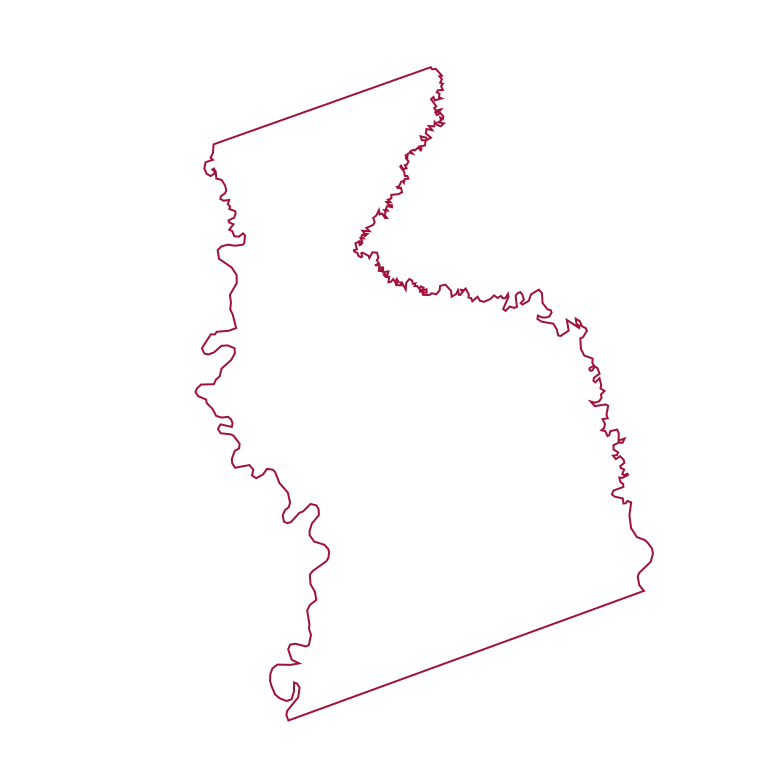 outline of Puerto Arica, Amazonas, Colombia, rotated 70°
{"feature_id": "7082276B12752174373355", "entity_name": "Puerto Arica", "entity_type": "district", "adm_level": 2, "iso_a3": "COL", "parent_name": "Colombia", "parent_adm1": "Amazonas", "projection": "mercator", "projection_center": [-71.635, -1.936], "detail": "fine", "context": "isolated", "style": "outline", "palette": "rose", "viewbox_px": 768, "rotation_deg": 70, "n_neighbors": 0, "source": "geoboundaries", "source_scale": "gbopen_adm2", "svg_char_len": 6165}
<svg xmlns="http://www.w3.org/2000/svg" viewBox="0 0 768 768"><g transform="rotate(70 384 384)"><path d="M667.5,588.9L667.3,210.5L660.5,212.9L651.8,211.5L648.8,208.8L642.3,194.2L635.4,189.3L630.4,188.4L623.9,190.3L619.8,192.3L614.4,198.7L604.0,201.1L591.2,198.3L579.8,192.2L577.2,195.3L578.7,197.7L578.2,199.9L573.3,198.7L568.8,205.7L565.7,207.6L562.6,204.7L562.6,194.3L560.0,193.4L556.8,195.4L552.4,194.9L553.7,192.1L553.0,185.8L551.5,186.0L551.8,189.5L550.2,190.9L546.5,187.6L543.8,190.2L542.0,190.2L540.3,185.1L537.5,184.7L532.6,186.9L533.9,191.8L529.6,193.3L530.5,189.4L528.4,187.3L524.1,190.7L519.9,189.3L519.4,183.2L520.9,180.0L517.5,176.6L517.4,183.0L510.6,180.2L506.6,180.5L505.7,187.5L509.1,189.8L509.3,191.8L504.2,192.1L501.8,195.4L500.6,192.1L497.1,190.0L491.8,190.7L492.7,185.5L488.8,185.4L481.2,180.8L479.0,182.8L476.9,193.5L471.1,195.8L473.8,191.9L473.8,187.7L471.3,184.2L468.1,183.8L465.9,179.1L462.3,182.1L459.4,180.3L452.2,179.5L454.7,184.8L452.6,186.1L450.0,184.6L448.0,177.9L442.1,178.0L439.7,179.8L442.5,183.6L442.2,185.5L440.6,186.1L439.3,185.3L438.6,180.5L435.4,181.0L431.5,179.2L425.7,186.1L418.7,187.0L408.3,184.0L408.0,180.9L403.3,175.0L400.5,175.3L397.6,178.1L391.8,178.6L388.2,181.5L394.0,182.6L396.2,180.2L398.1,181.5L386.3,190.3L397.0,192.2L399.3,201.6L398.0,203.7L391.7,203.0L385.3,204.2L379.4,214.4L375.4,217.6L372.4,216.0L375.6,212.5L377.0,208.7L377.1,205.5L374.1,202.0L371.7,202.1L369.6,204.9L362.1,207.3L352.6,204.5L348.3,206.2L350.0,215.1L355.4,219.6L356.7,226.7L354.8,227.9L352.5,223.7L347.2,223.4L344.2,224.6L344.6,227.9L346.3,230.2L357.0,232.7L357.0,235.7L354.2,239.3L356.9,244.7L354.3,246.4L344.5,237.1L341.7,236.7L344.9,240.8L343.9,243.1L341.2,244.0L342.0,247.8L338.4,250.3L340.5,255.0L341.0,261.9L338.7,265.3L334.0,266.3L336.5,272.7L333.2,272.7L331.5,275.1L329.2,273.7L322.2,274.6L323.2,276.7L321.3,280.2L324.2,278.1L326.4,282.0L325.9,283.1L321.2,282.4L324.2,285.6L325.1,290.6L319.3,289.1L311.6,292.4L311.0,297.7L315.0,299.7L317.5,304.2L315.0,308.3L315.9,311.2L313.5,316.9L311.3,316.6L312.7,312.6L309.5,311.7L309.7,318.5L308.3,318.2L308.3,314.4L307.0,313.8L304.9,316.1L306.6,318.2L303.3,319.3L302.4,321.9L300.2,320.0L299.6,322.7L296.4,322.2L294.0,324.3L296.5,328.5L302.7,331.3L294.5,332.5L294.5,334.0L297.3,333.7L295.2,338.8L294.0,338.7L293.0,335.4L289.6,336.1L292.3,338.6L288.5,339.5L290.3,342.3L289.9,345.0L285.2,342.5L284.1,345.7L281.3,346.9L280.7,345.7L283.0,343.6L279.7,341.3L278.7,346.6L274.2,345.0L273.5,346.8L276.9,348.1L275.9,350.2L270.9,347.6L269.4,351.9L268.9,347.6L265.2,348.4L263.5,346.1L258.2,345.6L256.3,349.9L260.6,354.7L258.1,354.8L253.2,359.3L253.4,360.6L256.9,361.0L257.0,362.5L254.4,364.3L252.0,364.1L249.1,366.7L247.9,366.3L248.2,363.4L242.1,362.8L241.4,358.7L245.1,359.3L245.2,358.2L244.0,356.2L242.3,357.8L241.8,355.6L239.1,356.2L240.1,353.6L237.9,354.9L236.4,353.6L236.4,352.1L238.6,351.5L237.3,348.3L236.2,350.7L232.7,351.8L235.5,345.3L231.3,347.2L230.8,339.7L228.5,337.3L224.3,337.4L223.0,333.5L218.9,329.3L223.2,330.1L223.2,327.4L228.4,326.2L229.0,324.5L225.0,325.7L223.3,323.7L220.7,324.3L222.3,321.3L219.9,322.1L217.9,320.2L220.6,316.1L218.6,315.4L217.8,317.8L213.8,319.4L215.2,315.8L212.2,317.3L212.1,313.6L208.8,312.5L210.5,305.4L210.1,301.5L205.5,300.9L204.8,304.0L203.3,304.4L203.1,301.9L199.8,298.7L199.7,296.9L201.7,296.5L198.6,294.5L199.4,290.8L196.6,290.9L195.6,293.2L191.3,292.5L185.3,294.4L184.7,293.3L188.9,292.3L188.9,289.0L185.5,289.5L185.7,287.6L183.3,284.8L179.7,286.1L176.5,285.4L176.7,284.3L178.2,285.5L180.0,284.9L175.9,283.2L175.6,280.6L177.2,278.5L174.4,279.7L174.0,276.0L175.1,275.3L173.6,271.2L177.1,269.6L175.9,268.3L172.9,269.3L173.9,263.8L169.3,261.7L167.8,265.1L163.8,264.9L167.0,260.0L169.5,260.6L168.6,255.6L162.9,259.0L158.9,256.9L162.0,251.8L156.9,253.6L159.1,248.6L155.1,246.7L158.7,245.5L161.3,242.6L159.6,238.6L156.6,243.7L156.0,240.4L152.9,240.0L155.3,238.2L153.0,236.7L148.7,238.4L149.4,242.4L146.4,242.9L147.0,239.1L145.4,236.4L144.8,241.9L141.9,242.5L141.0,239.9L132.5,242.4L131.2,239.4L134.8,239.3L135.3,232.2L133.4,234.2L130.1,232.6L127.9,234.6L126.4,233.0L127.8,228.1L123.7,228.5L122.0,226.0L120.1,228.2L117.3,225.3L113.8,226.7L114.1,224.1L105.6,227.6L104.7,231.2L102.3,231.7L100.5,462.1L108.5,465.8L112.1,469.6L114.8,468.2L114.6,475.8L120.0,479.1L125.8,478.8L129.3,475.8L128.3,471.2L126.4,470.5L123.8,472.0L123.4,470.2L126.9,469.5L133.7,471.3L136.6,466.8L143.3,465.4L148.3,466.1L150.5,468.3L151.8,473.2L154.2,474.5L156.9,472.1L158.1,466.5L161.6,469.3L164.5,467.9L166.7,469.5L170.5,464.9L172.5,464.8L176.5,467.9L177.0,474.1L179.2,474.3L182.4,470.8L186.1,476.6L188.3,474.4L194.0,474.1L195.9,470.0L194.2,465.0L197.0,463.8L203.9,467.2L204.8,469.1L203.2,476.5L199.7,482.9L199.1,489.6L201.2,494.5L210.0,496.2L222.2,487.4L231.0,485.2L238.9,487.9L247.6,498.4L255.1,499.9L261.2,503.0L266.8,502.4L280.9,503.8L280.9,511.7L277.7,523.4L279.6,526.0L278.1,529.7L288.1,542.9L293.9,542.4L296.1,539.2L296.2,533.0L292.5,523.8L294.3,517.6L299.3,512.2L304.3,513.7L309.2,519.5L314.0,531.4L320.7,535.9L322.3,540.3L326.0,544.0L322.0,556.0L324.0,561.0L327.0,563.9L332.0,562.7L337.7,556.5L341.2,557.1L349.2,553.5L356.5,552.7L360.0,548.1L361.5,541.8L364.9,539.8L369.2,539.8L372.3,541.7L366.0,551.4L369.4,555.4L374.4,554.3L378.9,545.2L381.2,543.1L390.7,540.1L394.9,542.1L395.9,547.3L402.7,552.8L406.7,553.7L411.8,552.6L414.1,538.2L419.9,536.1L424.7,539.3L428.8,536.4L427.6,528.5L423.7,523.0L426.5,517.8L429.4,516.5L441.4,516.1L453.1,511.5L463.1,512.8L467.1,515.4L468.6,520.1L472.7,524.1L479.1,525.1L481.8,522.4L481.9,518.6L476.2,507.7L476.0,503.5L471.6,494.0L475.0,489.0L479.4,488.3L484.9,490.0L490.4,499.4L496.6,504.2L500.7,505.6L508.2,503.5L514.7,495.0L520.0,492.8L523.5,493.2L528.2,495.6L530.8,498.7L535.3,514.9L537.9,519.0L547.0,521.5L555.8,520.0L563.7,521.5L566.4,529.4L570.6,533.7L584.5,536.3L588.2,538.2L594.8,538.4L603.6,543.9L603.9,547.2L597.8,556.0L596.8,561.3L600.5,564.8L611.6,565.0L617.5,559.3L616.0,567.8L611.2,580.2L613.1,586.1L617.6,590.0L624.0,592.6L629.5,593.0L638.7,592.5L643.7,589.5L648.5,584.1L648.7,578.7L642.0,573.7L633.8,570.6L635.8,568.2L640.5,567.2L649.1,571.8L658.1,586.9L661.8,589.0L667.5,588.9Z" fill="none" stroke="#9f1239" stroke-width="2"/></g></svg>